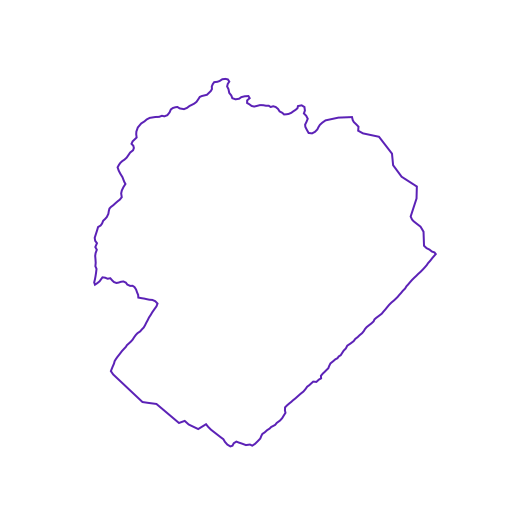 outline of Piatã, Bahia, Brazil, rotated 71°
{"feature_id": "56859067B29072797764638", "entity_name": "Piatã", "entity_type": "district", "adm_level": 2, "iso_a3": "BRA", "parent_name": "Brazil", "parent_adm1": "Bahia", "projection": "albers", "projection_center": [-41.891, -13.042], "detail": "fine", "context": "isolated", "style": "outline", "palette": "violet", "viewbox_px": 512, "rotation_deg": 71, "n_neighbors": 0, "source": "geoboundaries", "source_scale": "gbopen_adm2", "svg_char_len": 4322}
<svg xmlns="http://www.w3.org/2000/svg" viewBox="0 0 512 512"><g transform="rotate(71 256 256)"><path d="M415.7,348.5L418.6,346.5L421.6,345.9L425.0,344.5L427.7,342.2L427.7,340.0L425.8,338.0L425.1,335.0L426.9,332.9L428.7,330.5L431.5,327.1L432.3,323.1L434.1,321.3L433.3,318.1L431.6,314.5L430.0,311.4L427.7,309.4L426.3,307.9L425.6,305.2L424.3,302.2L423.6,299.3L422.6,297.3L422.3,295.1L421.9,292.8L420.6,290.8L419.4,286.9L417.9,284.1L415.8,281.6L413.9,279.2L411.4,278.9L408.6,277.8L407.3,275.2L406.2,272.4L405.4,270.1L404.5,268.1L403.5,265.2L402.2,262.1L400.9,259.0L399.6,255.3L398.0,252.6L396.2,250.1L395.5,247.7L394.5,245.4L393.4,242.8L394.7,239.9L393.3,236.7L392.9,234.3L390.4,233.6L388.8,230.9L388.0,229.0L386.8,226.6L385.7,224.2L383.9,222.7L381.8,220.6L380.5,217.0L379.5,214.6L379.2,212.3L377.9,210.5L377.4,208.2L375.8,206.2L374.0,203.9L372.7,201.2L370.5,198.9L369.5,195.1L368.3,191.4L366.7,189.1L365.8,186.3L364.6,183.8L363.5,180.8L362.0,178.4L360.6,176.8L359.3,174.6L358.3,171.8L357.3,168.8L356.1,166.1L354.5,164.6L353.6,162.4L352.6,159.2L351.5,155.9L350.0,153.5L348.6,151.0L347.2,148.8L345.5,146.0L344.1,143.1L342.9,139.9L341.8,137.5L340.8,135.4L339.5,133.3L338.2,130.9L336.7,128.5L335.3,125.6L333.6,123.6L332.5,121.5L331.1,119.2L329.4,116.2L328.0,113.3L327.0,111.0L325.8,108.6L324.5,105.5L323.0,102.5L321.7,100.1L320.2,97.5L318.8,95.7L317.2,92.8L315.1,89.6L313.8,87.3L312.7,85.4L310.7,86.1L309.1,88.2L306.4,89.9L304.1,92.2L301.0,93.8L287.6,89.7L284.5,90.3L281.8,90.9L277.7,93.6L274.4,95.7L272.3,96.6L269.0,96.9L253.9,85.5L242.7,81.3L228.5,92.5L214.8,96.8L203.5,94.1L183.3,100.9L174.9,114.9L170.8,118.6L167.1,117.0L164.1,118.4L161.2,119.9L159.1,120.3L155.9,120.0L152.0,133.0L150.4,146.1L151.5,149.9L152.8,152.9L154.5,155.0L156.3,156.8L157.8,159.8L158.3,163.1L156.8,166.2L153.0,166.9L150.0,167.3L147.8,166.8L145.7,164.7L143.1,162.4L139.7,162.9L136.8,164.3L134.4,162.4L130.9,161.7L128.4,163.8L127.9,167.5L129.8,168.7L130.7,171.0L131.4,173.8L132.1,176.0L132.3,178.9L131.9,181.1L131.3,183.4L129.2,184.5L127.0,186.6L124.1,187.3L121.5,188.9L120.0,191.0L119.9,193.6L118.1,195.0L117.2,197.6L115.7,200.2L114.6,203.3L114.4,206.3L114.1,209.1L112.7,211.3L110.5,212.8L108.4,214.6L106.0,213.7L104.7,210.6L102.3,211.1L101.3,214.7L101.0,218.2L101.8,220.7L101.2,224.3L99.1,227.0L96.1,227.1L93.1,228.2L89.3,227.7L86.3,228.1L84.1,226.7L82.4,224.5L79.9,225.1L78.6,227.2L77.9,230.3L78.7,233.5L78.7,235.9L78.0,238.9L79.4,240.9L81.3,242.6L83.8,243.3L85.3,245.0L87.6,249.9L87.1,255.2L87.3,257.4L88.6,259.0L90.9,262.1L91.8,264.8L92.2,267.5L92.5,270.0L93.5,273.0L93.7,276.3L91.6,280.1L89.5,281.8L89.1,283.9L89.0,286.4L89.7,288.8L92.1,291.0L94.0,294.0L94.1,297.2L92.8,299.3L92.9,302.3L91.8,305.9L90.8,311.5L91.3,314.9L92.4,317.6L93.3,321.4L96.0,325.9L99.4,328.6L101.8,329.6L105.1,330.3L107.4,335.3L109.4,337.2L111.8,336.1L114.1,336.3L116.0,337.8L117.2,341.3L119.0,343.7L120.9,346.3L122.1,349.1L122.7,351.5L123.7,353.8L125.1,355.8L127.1,358.0L130.6,358.0L134.0,357.5L138.0,356.6L141.0,356.5L143.1,356.4L145.4,356.0L147.6,358.8L150.3,361.5L152.9,363.1L156.7,363.8L158.4,366.5L159.2,368.9L160.2,371.4L161.5,374.4L162.4,377.2L163.4,379.1L165.5,380.5L168.1,381.9L170.6,384.4L171.9,386.7L172.9,389.0L175.2,391.0L176.6,393.0L177.2,395.9L179.6,397.6L183.1,400.2L186.3,402.6L189.3,403.1L192.1,402.2L195.2,405.0L198.3,404.5L201.0,406.7L203.5,408.0L206.7,408.8L210.3,409.8L213.4,411.2L216.3,411.0L220.4,413.0L223.2,414.5L225.5,415.8L228.3,417.6L230.7,417.6L230.0,414.9L229.0,412.1L227.7,410.3L226.2,408.1L227.4,405.7L229.2,403.7L229.6,401.0L232.3,399.9L234.4,398.8L236.1,396.7L236.4,394.5L236.4,392.2L236.9,389.7L238.8,387.7L241.1,387.0L243.3,384.7L244.0,382.4L245.8,381.0L248.7,380.3L251.9,380.3L254.4,380.1L257.0,380.8L258.7,377.8L259.9,375.5L261.1,373.6L262.6,371.1L263.8,368.3L265.9,366.0L268.9,364.6L271.2,366.5L273.3,369.5L275.5,372.5L277.4,374.7L279.3,377.2L281.5,379.4L283.4,381.5L285.4,383.5L287.1,385.5L288.3,387.9L289.6,390.1L290.4,393.2L291.5,395.3L293.1,397.6L295.0,400.0L296.2,402.2L297.2,404.5L298.3,407.1L299.6,408.7L300.9,411.2L302.3,413.8L304.2,416.6L306.3,419.9L307.9,422.1L309.4,423.9L311.5,425.3L314.1,427.7L317.6,430.7L321.5,429.6L357.1,410.9L359.5,406.3L363.5,398.3L388.8,383.2L388.7,377.1L393.4,374.5L395.0,372.9L400.8,367.0L398.8,358.0L401.9,356.9L405.6,355.1L415.7,348.5Z" fill="none" stroke="#5b21b6" stroke-width="2"/></g></svg>